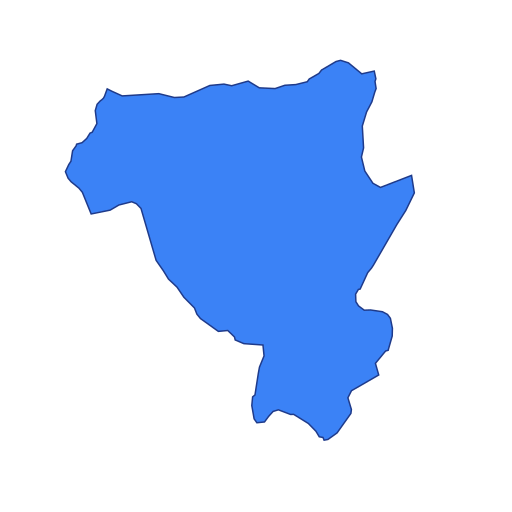 San Juan Ermita, Chiquimula, Guatemala (Equal Earth projection), rotated 168°
{"feature_id": "79465075B27447388470202", "entity_name": "San Juan Ermita", "entity_type": "district", "adm_level": 2, "iso_a3": "GTM", "parent_name": "Guatemala", "parent_adm1": "Chiquimula", "projection": "equal_earth", "projection_center": [-89.425, 14.743], "detail": "fine", "context": "isolated", "style": "filled", "palette": "blue", "viewbox_px": 512, "rotation_deg": 168, "n_neighbors": 0, "source": "geoboundaries", "source_scale": "gbopen_adm2", "svg_char_len": 1664}
<svg xmlns="http://www.w3.org/2000/svg" viewBox="0 0 512 512"><g transform="rotate(168 256 256)"><path d="M87.1,302.5L120.0,297.2L126.5,302.8L131.9,316.5L132.3,330.9L128.3,339.4L125.0,361.0L117.9,373.9L110.6,382.7L105.7,391.7L103.7,394.8L103.3,402.0L101.9,404.4L101.9,412.3L114.7,412.2L125.4,425.7L132.6,429.8L137.3,429.6L153.2,424.3L156.5,421.5L167.1,418.1L169.6,415.8L181.4,415.4L192.3,417.0L202.5,415.8L217.8,419.8L227.3,428.7L244.4,427.6L251.6,430.8L265.7,432.4L293.5,426.5L302.9,428.0L317.3,435.0L353.6,440.4L362.7,447.1L366.8,450.4L371.0,443.7L372.4,442.1L374.3,440.9L376.1,440.1L379.9,437.4L383.0,431.6L384.1,418.6L390.5,411.1L392.8,410.7L397.1,406.2L402.6,403.0L408.2,402.7L409.0,401.2L413.5,397.1L417.3,387.2L420.1,384.4L424.9,378.1L423.6,371.1L421.4,367.0L415.1,359.2L412.6,354.4L408.5,331.4L389.1,331.2L379.5,334.4L366.3,334.9L362.1,332.0L358.6,326.4L354.6,272.5L349.7,260.9L346.4,251.6L339.7,241.9L335.1,230.6L327.0,218.0L325.9,211.4L323.3,206.3L308.5,190.1L299.1,189.0L293.9,181.3L293.8,178.2L286.1,172.8L267.7,167.5L268.9,156.6L275.7,146.6L278.1,140.8L285.9,120.3L288.6,118.9L291.2,110.6L291.7,97.1L289.8,92.7L282.2,91.9L277.0,96.5L271.6,100.4L266.1,100.9L255.1,93.8L252.1,93.3L239.6,81.3L233.8,72.1L231.7,66.0L228.2,64.6L227.7,61.7L223.8,61.6L213.5,66.1L195.9,82.3L194.6,86.0L195.6,98.2L190.6,104.4L160.7,114.1L161.5,126.2L149.0,136.1L146.3,136.3L145.4,138.1L139.4,149.4L137.6,156.9L137.5,167.1L139.5,171.5L143.9,175.2L155.2,179.4L161.4,180.5L166.1,185.9L167.8,190.5L166.5,198.0L162.8,202.0L161.0,202.0L150.2,216.5L145.5,220.2L143.0,222.7L111.5,257.7L100.0,269.4L88.0,284.8L87.1,302.5Z" fill="#3b82f6" stroke="#1e3a8a" stroke-width="1.5"/></g></svg>